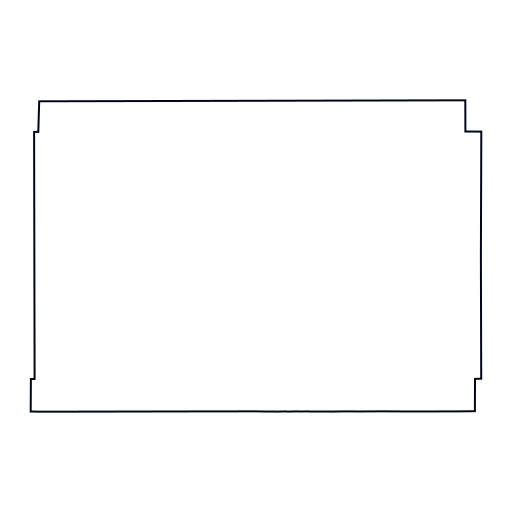 Cheyenne, Nebraska, United States of America
{"feature_id": "52423323B82080185563288", "entity_name": "Cheyenne", "entity_type": "district", "adm_level": 2, "iso_a3": "USA", "parent_name": "United States of America", "parent_adm1": "Nebraska", "projection": "robinson", "projection_center": [-102.944, 41.22], "detail": "fine", "context": "isolated", "style": "outline", "palette": "ink", "viewbox_px": 512, "rotation_deg": 0, "n_neighbors": 0, "source": "geoboundaries", "source_scale": "gbopen_adm2", "svg_char_len": 707}
<svg xmlns="http://www.w3.org/2000/svg" viewBox="0 0 512 512"><path d="M465.3,100.3L39.2,101.3L38.3,131.9L34.1,131.9L34.6,379.0L30.9,379.0L30.7,411.5L40.7,411.7L42.1,411.7L208.5,411.4L209.2,411.4L219.1,411.4L220.0,411.4L228.5,411.4L231.3,411.4L252.7,411.3L253.8,411.3L263.9,411.5L264.6,411.5L275.0,411.5L275.7,411.6L276.8,411.6L277.4,411.6L286.0,411.4L287.0,411.6L297.3,411.4L298.2,411.5L308.4,411.4L309.4,411.5L319.5,411.5L320.5,411.5L330.9,411.5L332.1,411.6L341.8,411.4L343.4,411.4L352.8,411.4L354.6,411.5L385.9,411.3L389.9,411.4L397.0,411.4L405.7,411.5L456.0,411.4L474.9,411.2L475.0,378.9L481.2,378.7L480.9,255.2L481.3,131.6L465.4,131.5L465.3,100.3Z" fill="none" stroke="#020617" stroke-width="2"/></svg>